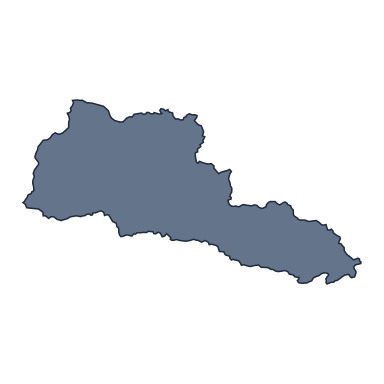 outline of Candiota, Rio Grande do Sul, Brazil, rotated 270°
{"feature_id": "56859067B24867666678469", "entity_name": "Candiota", "entity_type": "district", "adm_level": 2, "iso_a3": "BRA", "parent_name": "Brazil", "parent_adm1": "Rio Grande do Sul", "projection": "natural_earth1", "projection_center": [-53.764, -31.586], "detail": "fine", "context": "isolated", "style": "filled", "palette": "slate", "viewbox_px": 384, "rotation_deg": 270, "n_neighbors": 0, "source": "geoboundaries", "source_scale": "gbopen_adm2", "svg_char_len": 4343}
<svg xmlns="http://www.w3.org/2000/svg" viewBox="0 0 384 384"><g transform="rotate(270 192 192)"><path d="M107.0,354.5L110.1,355.7L112.2,356.1L114.6,354.6L117.0,353.7L119.1,355.4L119.9,358.7L120.5,360.8L122.0,361.0L123.0,359.6L124.9,359.5L125.8,357.8L124.1,353.7L127.6,349.5L128.6,347.9L130.4,346.2L133.3,344.3L136.5,344.1L138.2,342.5L140.4,340.8L140.6,338.7L142.2,338.9L145.1,340.4L147.0,339.8L148.3,337.3L149.7,335.2L151.3,333.1L153.1,333.0L154.9,331.2L153.9,329.9L154.1,327.7L157.5,326.5L159.4,326.0L158.9,323.5L159.2,321.7L161.7,319.0L163.5,316.1L162.5,308.7L163.9,305.1L164.1,299.2L166.4,296.7L168.2,293.9L170.0,293.4L174.1,293.2L175.8,291.5L178.2,290.7L179.3,287.8L180.7,287.1L182.0,285.1L181.3,283.2L179.1,279.7L180.6,276.8L182.5,275.1L182.4,272.2L182.5,270.5L181.7,268.6L180.3,267.2L178.8,266.3L177.4,266.2L175.5,262.3L176.5,259.1L178.6,256.9L179.1,254.3L178.1,251.4L178.9,246.2L179.5,243.1L177.2,238.8L178.0,235.8L177.6,233.4L177.9,231.4L179.7,229.2L181.3,228.7L183.8,227.9L184.9,231.0L186.5,231.2L187.7,229.8L189.8,230.5L191.9,231.7L193.6,231.8L195.8,231.8L198.3,230.4L201.2,230.0L205.0,228.5L207.1,229.0L210.1,229.8L212.4,231.4L214.6,229.7L213.8,228.1L211.8,221.1L210.3,218.7L215.9,213.9L218.0,214.0L220.4,211.3L220.0,208.4L220.3,206.5L221.2,203.0L222.7,199.5L220.8,197.9L221.9,196.4L225.3,195.8L229.6,195.1L231.5,195.7L232.1,197.7L235.0,197.5L237.4,200.8L239.3,200.0L241.7,203.4L243.6,202.8L245.2,203.9L247.2,204.8L248.2,202.4L251.1,203.4L252.7,203.5L258.2,201.3L259.3,198.1L263.4,194.3L266.5,196.7L268.4,197.1L269.3,194.9L269.0,192.6L270.2,189.3L269.1,187.0L267.2,185.7L266.4,183.9L264.2,183.1L264.0,180.7L265.2,178.0L265.0,175.5L268.0,173.1L271.0,172.6L272.3,168.4L274.4,167.9L273.1,165.3L274.7,163.7L275.3,161.0L273.6,159.8L271.9,160.6L270.6,161.9L269.8,159.8L271.4,154.1L270.1,153.1L270.2,150.9L271.5,148.7L271.5,146.7L270.2,145.8L269.6,143.6L270.9,141.7L270.6,139.1L270.1,137.0L269.8,134.2L267.1,132.3L267.1,129.3L266.2,127.1L265.0,125.9L262.3,123.2L261.9,120.4L263.4,114.8L265.8,111.7L268.0,110.1L273.2,108.4L277.7,103.6L280.9,92.0L281.3,86.8L283.8,82.2L283.6,80.3L284.0,77.1L283.6,72.5L281.2,73.5L278.4,72.4L275.8,70.5L273.3,71.1L271.4,69.6L270.8,67.3L267.3,69.0L264.5,69.5L261.7,68.7L256.4,68.6L251.1,62.7L249.9,59.8L250.1,57.4L251.2,55.2L249.2,52.3L246.8,50.7L245.0,48.7L244.0,46.7L243.8,43.3L238.9,39.5L237.5,38.2L234.1,37.5L230.7,35.9L227.2,34.9L225.7,35.3L221.4,38.7L219.2,38.4L217.3,36.8L213.8,34.4L210.5,33.2L207.7,34.3L203.5,32.9L200.9,32.7L197.2,33.6L193.4,33.9L192.1,31.8L190.3,31.1L189.4,28.5L188.0,27.6L186.5,27.2L184.6,25.6L182.9,24.7L181.4,23.0L179.8,25.2L176.3,26.7L175.9,29.7L175.0,38.5L171.7,43.0L168.2,43.1L168.1,45.6L165.6,48.6L167.3,51.1L167.1,53.8L164.6,57.1L164.1,59.1L163.4,60.9L165.5,67.6L166.9,69.8L167.5,72.2L168.2,76.2L167.4,80.8L168.1,82.7L168.3,84.8L169.7,86.9L170.0,89.7L168.8,90.6L169.2,92.6L171.1,92.8L171.3,95.9L172.6,98.9L173.2,101.3L171.5,103.8L168.5,104.5L169.2,106.6L169.1,108.6L167.5,109.6L162.5,112.6L160.8,116.2L157.4,116.9L155.8,118.6L151.2,118.9L149.0,119.6L147.3,121.0L147.8,123.1L149.2,127.0L147.9,131.9L150.0,133.6L149.9,135.6L151.2,136.7L151.2,140.9L151.6,143.1L151.5,146.6L152.7,148.3L152.2,153.0L150.4,153.8L150.2,155.9L151.8,158.2L150.8,160.4L147.2,162.2L147.9,164.6L150.3,166.6L146.5,170.7L144.6,170.3L143.6,172.0L143.8,173.8L144.4,176.8L143.6,179.4L143.1,182.7L142.8,186.0L143.4,189.6L144.7,193.6L144.1,195.3L143.5,198.4L141.8,201.7L143.5,205.1L141.6,208.5L139.4,209.1L139.8,212.2L139.0,214.2L138.6,216.0L137.3,217.9L135.3,218.5L132.5,219.4L132.1,224.0L130.4,224.5L129.1,225.4L127.8,229.6L125.5,230.0L124.0,231.3L124.7,233.0L124.0,234.9L123.2,238.7L120.7,240.5L118.7,241.4L119.3,243.4L117.5,249.8L117.8,252.0L118.4,253.9L119.0,258.6L116.7,261.1L116.4,267.9L114.6,270.9L114.6,272.8L113.1,275.2L112.4,278.0L112.8,281.6L113.4,283.9L113.2,285.9L112.1,288.0L109.8,289.3L109.1,293.1L107.2,294.8L106.5,298.9L105.0,298.8L103.4,297.3L101.3,298.6L100.7,302.3L101.1,307.0L102.0,308.6L103.2,311.7L106.1,313.4L107.6,316.7L108.4,319.1L110.0,320.9L111.0,323.4L111.1,326.0L110.6,327.7L109.0,328.7L107.0,327.0L105.1,325.8L103.3,326.4L101.5,326.0L100.0,326.9L101.0,329.5L101.8,331.7L101.8,333.7L103.2,335.0L103.6,337.2L105.0,339.2L106.1,340.8L107.6,342.6L108.9,344.9L109.3,346.9L109.6,348.8L108.1,349.6L106.3,351.3L107.0,354.5Z" fill="#64748b" stroke="#1e293b" stroke-width="1.5"/></g></svg>